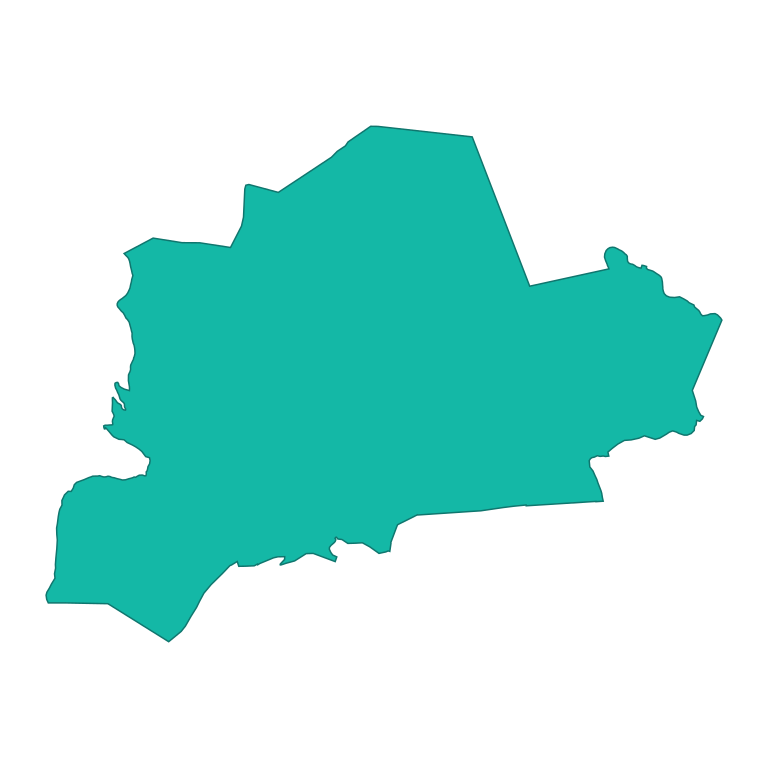 Juan Galindo, Puebla, Mexico (Natural Earth projection)
{"feature_id": "50627088B57480550213661", "entity_name": "Juan Galindo", "entity_type": "district", "adm_level": 2, "iso_a3": "MEX", "parent_name": "Mexico", "parent_adm1": "Puebla", "projection": "natural_earth1", "projection_center": [-98.001, 20.223], "detail": "fine", "context": "isolated", "style": "filled", "palette": "teal", "viewbox_px": 768, "rotation_deg": 0, "n_neighbors": 0, "source": "geoboundaries", "source_scale": "gbopen_adm2", "svg_char_len": 5195}
<svg xmlns="http://www.w3.org/2000/svg" viewBox="0 0 768 768"><path d="M703.5,416.5L700.8,415.3L698.7,411.7L696.7,407.0L695.7,401.0L692.3,390.4L721.9,320.1L720.6,318.0L717.5,314.9L715.0,313.6L710.4,313.9L707.6,315.0L704.5,315.6L702.5,315.8L700.8,314.1L699.8,312.0L698.7,310.4L697.1,309.1L694.6,307.0L693.9,305.0L689.1,302.7L687.3,301.0L683.9,299.0L679.6,296.8L674.6,297.5L669.7,297.2L666.3,295.8L664.2,293.6L663.3,291.1L662.8,288.8L662.8,287.2L662.6,285.1L662.4,281.9L662.1,280.5L661.8,278.8L661.3,277.3L660.4,276.3L659.4,275.4L658.2,274.6L656.9,273.8L655.7,273.0L654.1,271.9L652.8,271.1L651.0,270.5L649.7,270.1L647.7,269.5L646.4,268.2L646.6,266.5L644.2,265.7L643.0,265.4L642.0,265.3L641.4,267.1L641.1,268.1L639.3,267.8L637.4,267.2L635.9,266.4L634.8,265.5L632.7,264.3L630.5,263.9L628.9,263.1L627.6,261.4L627.3,258.3L627.3,256.3L626.3,254.8L624.9,253.8L623.8,252.6L622.2,251.3L620.8,250.5L619.3,249.9L617.9,249.0L616.4,248.3L614.7,247.5L612.6,247.2L609.9,247.6L608.0,248.7L606.2,250.5L604.8,253.9L604.5,257.1L605.6,260.6L607.2,264.4L607.5,265.6L608.3,267.1L608.9,268.9L529.7,286.2L502.7,216.1L472.2,136.9L377.8,126.4L370.7,126.3L355.3,136.9L348.1,141.9L345.4,145.9L337.3,151.3L331.9,156.8L331.4,157.3L329.4,158.6L278.3,192.4L248.9,184.5L245.9,185.2L245.3,187.1L244.8,189.1L243.5,217.2L241.5,226.1L230.5,247.5L199.7,242.8L182.1,242.7L153.1,238.1L124.1,253.5L125.8,255.4L127.6,257.2L128.6,258.6L129.5,261.0L130.1,263.7L130.6,266.6L131.6,270.6L132.2,273.4L132.9,275.5L131.7,279.6L131.4,281.7L130.6,284.8L130.0,287.9L129.3,289.6L128.5,291.3L127.7,293.0L125.8,295.6L124.4,296.7L121.9,298.7L120.6,299.5L119.1,300.7L117.9,302.1L117.2,303.8L117.2,305.3L117.8,306.9L119.2,308.5L121.4,311.2L123.1,312.7L124.6,315.2L126.0,318.1L127.5,319.6L129.2,322.2L130.2,326.0L130.9,328.4L131.5,331.1L132.1,333.0L132.0,336.4L132.3,339.0L132.9,341.6L133.2,343.0L134.1,345.3L134.6,348.0L134.8,349.6L134.9,350.9L135.0,353.4L134.3,356.5L133.7,357.8L133.4,359.5L132.8,360.6L130.7,365.1L130.5,367.0L130.6,369.4L130.1,371.4L129.1,373.5L128.5,374.9L128.4,380.7L128.8,383.1L129.4,386.6L129.5,388.5L129.4,390.6L127.1,389.9L124.5,389.2L122.5,388.2L120.8,387.3L120.1,386.7L119.0,385.7L118.5,383.5L117.7,382.4L116.3,382.5L115.0,383.3L114.9,385.2L115.6,388.1L116.8,390.3L117.6,392.4L118.4,393.9L119.1,395.6L119.5,397.1L120.0,398.8L120.6,399.9L121.8,401.1L123.3,402.4L124.3,403.6L124.5,405.7L124.5,406.8L125.0,407.9L125.6,408.9L125.6,409.7L125.5,410.1L124.0,409.9L123.0,409.4L122.0,408.5L121.4,406.8L121.4,405.8L120.6,404.6L117.4,402.7L116.7,401.7L115.2,399.6L114.0,398.5L113.2,397.4L112.4,397.8L112.4,400.0L112.5,402.9L112.1,411.2L113.5,414.0L114.2,416.1L113.4,417.9L112.6,419.9L112.4,421.5L112.7,423.3L112.7,424.6L111.8,424.9L109.3,425.0L107.5,425.2L105.1,425.2L103.7,425.9L103.9,427.6L104.4,428.9L105.1,428.9L105.5,427.8L106.1,428.2L109.1,431.6L111.9,435.0L113.7,436.8L118.9,439.3L121.6,439.5L124.1,439.8L127.1,442.5L132.4,445.0L135.6,446.8L138.9,449.0L141.8,451.4L145.7,456.6L149.5,457.7L150.1,460.6L149.6,463.8L148.0,466.6L147.6,468.9L147.1,470.8L146.2,471.9L146.3,474.1L145.9,475.7L144.7,475.9L142.6,475.1L141.2,475.1L139.2,475.2L137.2,476.3L135.5,477.3L134.1,477.0L132.7,477.7L131.4,478.1L129.0,478.7L125.5,479.8L122.4,480.0L120.7,479.5L116.9,478.6L114.4,477.8L111.9,477.4L109.9,476.5L108.0,476.2L106.0,476.8L103.9,477.0L101.6,476.4L99.7,475.7L97.5,476.1L95.1,476.1L92.5,476.2L91.5,476.7L88.8,477.6L84.2,479.6L80.4,481.0L76.6,482.4L74.3,484.7L73.2,488.2L71.2,491.4L68.2,491.3L64.5,494.9L63.2,497.8L61.9,500.5L62.0,505.1L59.8,509.2L59.0,512.4L58.3,516.4L57.4,523.6L56.6,528.0L56.8,534.4L57.3,540.0L56.8,548.7L55.9,558.0L55.4,564.5L55.6,568.1L54.5,573.8L55.0,578.2L51.4,584.1L49.5,587.9L46.9,592.2L46.1,595.2L46.7,599.4L48.3,602.9L65.1,602.9L107.9,603.7L168.7,641.7L181.2,631.4L185.4,626.1L191.0,616.3L196.5,607.5L199.7,601.0L201.7,597.3L203.9,593.2L211.1,584.6L223.0,572.9L229.9,565.6L231.5,565.0L237.2,561.5L238.8,566.3L245.2,566.2L254.3,565.8L257.4,564.1L257.7,564.8L259.8,563.5L273.6,557.8L277.9,556.8L284.7,556.7L284.6,559.4L280.3,564.0L280.2,564.8L280.8,565.0L281.6,564.7L282.4,564.5L285.9,563.3L290.0,562.2L294.7,560.9L306.2,553.6L313.2,553.4L335.2,561.6L336.8,556.9L332.7,555.0L330.8,552.4L329.3,549.1L329.5,547.3L331.0,545.4L333.8,543.0L335.1,541.6L335.6,540.4L335.8,539.6L335.0,538.3L335.6,537.4L336.4,537.2L337.9,539.0L341.2,539.4L342.1,539.6L347.8,543.4L354.8,543.2L362.4,542.8L369.7,546.8L379.0,553.4L385.4,552.0L385.7,552.0L387.7,551.1L388.7,551.0L389.8,551.4L391.0,543.1L390.8,542.6L396.7,526.8L397.6,524.7L417.4,514.8L417.5,515.0L425.0,514.5L473.0,511.3L480.8,510.8L503.4,507.5L513.9,506.2L526.1,505.0L526.2,505.8L596.0,501.4L596.0,501.7L603.2,501.2L602.4,497.6L601.7,493.2L601.0,490.8L599.1,485.9L597.9,482.8L596.8,479.4L595.0,475.6L593.0,471.0L589.8,466.9L589.2,460.7L590.2,459.0L591.7,457.7L594.4,457.1L597.3,455.7L600.1,456.4L603.3,456.0L605.4,456.5L608.8,456.1L607.9,452.1L612.2,448.4L617.8,444.1L624.4,440.4L631.1,439.9L638.9,438.2L644.4,435.8L655.2,439.3L659.9,438.0L666.5,434.1L669.3,432.2L672.7,430.9L676.6,432.1L678.7,433.3L684.0,435.1L687.2,435.1L691.2,433.5L694.2,430.5L694.6,426.6L696.1,424.9L696.6,420.4L699.9,421.3L702.4,418.9L703.5,416.5Z" fill="#14b8a6" stroke="#0f766e" stroke-width="1.5"/></svg>